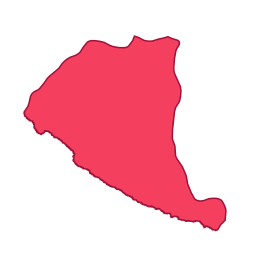 the district of La Cienaga, Barahona, Dominican Republic, rotated 95°
{"feature_id": "3306468B5550416760665", "entity_name": "La Cienaga", "entity_type": "district", "adm_level": 2, "iso_a3": "DOM", "parent_name": "Dominican Republic", "parent_adm1": "Barahona", "projection": "natural_earth1", "projection_center": [-71.101, 18.096], "detail": "fine", "context": "isolated", "style": "filled", "palette": "rose", "viewbox_px": 256, "rotation_deg": 95, "n_neighbors": 0, "source": "geoboundaries", "source_scale": "gbopen_adm2", "svg_char_len": 5855}
<svg xmlns="http://www.w3.org/2000/svg" viewBox="0 0 256 256"><g transform="rotate(95 128 128)"><path d="M33.6,96.2L35.3,100.5L36.9,105.7L39.2,111.2L39.7,114.5L39.6,117.8L39.2,119.9L36.9,125.4L35.9,129.6L40.5,130.9L45.9,134.3L47.2,135.5L48.3,138.3L48.7,143.8L48.3,149.4L47.5,152.7L44.8,159.2L44.1,163.7L43.9,168.2L44.1,171.5L44.6,173.5L45.4,175.3L46.8,176.5L51.2,179.5L56.3,182.1L57.7,183.3L60.1,186.4L62.8,192.1L64.8,194.8L67.1,197.2L69.6,199.2L74.7,202.2L83.2,210.7L85.6,212.7L90.7,215.6L96.7,219.7L97.9,221.1L100.3,224.9L102.4,226.8L105.1,227.9L112.0,228.8L114.9,229.5L121.0,232.8L122.4,232.8L122.4,232.3L124.0,232.3L124.0,231.9L125.1,231.9L125.9,230.0L126.7,230.0L126.7,229.6L127.1,229.6L127.1,229.1L127.9,228.7L127.9,227.7L128.3,227.7L128.3,227.3L128.7,227.3L128.7,226.4L129.1,226.4L129.1,225.9L129.4,225.9L129.4,223.6L130.6,223.6L130.6,223.1L131.0,223.1L131.0,222.7L131.4,222.7L131.4,222.2L132.6,222.2L132.6,221.7L135.3,221.7L135.3,221.3L136.1,221.3L136.1,220.8L136.9,220.8L137.3,219.9L138.0,219.9L138.0,219.4L138.4,219.4L138.4,219.0L138.8,219.0L138.8,218.5L139.6,218.5L139.6,218.1L140.4,218.1L140.4,217.1L141.2,216.7L141.2,214.8L141.6,214.8L141.9,213.9L141.6,213.9L141.6,213.4L140.8,213.0L140.8,212.1L140.4,212.1L140.0,211.1L138.8,211.1L138.8,210.7L138.0,210.7L138.0,209.8L138.4,209.8L138.4,208.8L138.0,208.8L138.0,207.5L138.4,207.5L138.4,206.1L139.2,206.1L139.2,205.6L139.6,205.6L139.6,203.8L140.8,203.8L140.8,203.3L141.6,203.3L141.6,202.8L141.9,202.8L141.9,201.9L142.3,201.9L142.7,201.0L143.5,201.0L143.5,200.1L143.9,200.1L143.9,199.2L143.5,199.2L143.5,198.2L143.9,198.2L143.9,197.3L144.7,196.9L144.7,195.9L145.1,195.9L145.1,195.5L145.5,195.5L145.5,194.5L145.9,194.5L145.9,193.6L146.6,193.6L146.6,192.7L147.4,192.7L147.8,191.8L148.2,191.8L148.2,191.3L148.6,191.3L148.6,189.9L149.4,189.5L149.4,189.0L150.2,188.6L150.2,188.1L150.5,188.1L150.5,187.6L150.9,187.6L150.9,187.2L151.7,187.2L151.7,186.3L152.1,186.3L152.1,185.3L152.5,185.3L152.5,184.9L153.3,184.9L153.3,183.9L153.7,183.9L153.7,183.5L154.4,183.5L154.4,183.0L154.8,183.0L154.8,182.1L155.2,182.1L155.2,181.2L155.6,181.2L155.6,180.7L156.4,180.7L156.4,180.3L157.6,180.3L157.6,179.8L158.0,179.8L158.0,179.3L158.8,179.3L158.8,178.9L159.5,178.9L159.5,179.3L160.3,179.3L160.3,179.8L161.1,179.8L161.1,180.3L161.5,180.3L161.9,179.3L164.2,179.3L164.2,179.8L165.0,179.8L165.0,179.3L165.8,179.3L165.8,178.9L166.6,178.4L166.6,178.0L167.4,178.0L167.7,177.0L168.5,177.0L168.5,176.1L168.9,176.1L168.9,175.7L169.3,175.7L169.3,175.2L169.7,175.2L169.7,174.7L170.5,174.3L170.5,172.0L170.9,172.0L170.9,171.0L171.3,171.0L171.3,170.1L171.6,170.1L171.6,169.2L172.4,169.2L172.4,165.5L172.8,165.5L172.8,164.6L173.2,164.6L173.2,163.7L173.6,163.7L173.6,162.7L174.4,162.7L174.4,162.3L175.9,162.3L175.9,161.8L176.3,161.8L176.3,160.9L176.7,160.9L176.7,160.0L177.1,160.0L177.1,159.5L177.5,159.5L177.5,158.6L177.9,158.6L178.3,157.7L178.7,157.7L178.7,157.2L179.1,157.2L179.1,156.3L179.5,156.3L179.5,154.0L179.9,154.0L179.9,152.6L180.6,152.1L181.0,151.2L181.8,151.2L181.8,149.8L182.2,149.8L182.2,148.9L182.6,148.9L183.0,148.0L183.4,148.0L183.4,147.5L183.8,147.5L183.8,147.1L184.1,147.1L184.1,146.1L184.5,146.1L184.5,145.2L185.3,144.8L185.3,144.3L185.7,144.3L185.7,143.8L186.1,143.8L186.1,142.9L186.5,142.9L186.5,142.0L186.9,142.0L186.9,141.1L187.3,141.1L187.3,140.2L187.7,140.2L187.7,138.8L188.1,138.8L188.1,136.0L188.4,136.0L188.4,135.1L189.2,135.1L189.2,134.6L190.0,134.2L190.0,132.3L189.6,132.3L189.6,131.9L190.0,131.9L190.0,130.9L190.4,130.9L190.4,130.0L190.8,130.0L190.8,129.1L191.2,129.1L191.2,128.6L191.6,128.6L192.0,127.7L192.4,127.7L192.7,126.8L193.1,126.8L193.1,125.9L193.5,125.9L193.9,124.9L194.3,124.9L194.3,124.5L194.7,124.5L194.7,123.1L195.1,123.1L195.1,122.2L195.5,122.2L195.5,120.3L195.9,120.3L195.9,119.4L196.3,119.4L196.3,118.5L196.6,118.5L196.6,118.0L197.0,118.0L197.0,117.6L197.4,117.6L197.4,117.1L197.8,117.1L197.8,116.7L198.6,116.7L198.6,116.2L199.0,116.2L199.0,113.4L199.8,113.0L199.8,112.5L200.6,112.0L200.6,111.6L201.0,111.6L201.0,108.8L201.3,108.8L201.3,108.4L201.7,108.4L201.7,107.9L202.1,107.9L202.1,107.0L202.9,107.0L202.9,104.7L203.3,104.7L203.3,102.8L204.1,102.4L204.1,100.5L204.5,100.5L204.5,98.7L204.1,98.7L203.7,97.8L204.1,97.8L204.1,97.3L204.5,97.3L204.5,95.4L204.9,95.4L204.9,94.5L205.6,94.1L205.6,93.6L206.4,93.6L206.4,92.2L206.0,92.2L206.0,91.3L205.6,91.3L205.6,89.9L206.0,89.9L206.0,89.0L206.8,88.5L207.2,87.6L207.6,87.6L207.6,86.7L208.0,86.7L208.0,85.8L208.4,85.8L208.4,85.3L209.1,85.3L209.1,84.8L209.5,84.8L209.5,83.9L209.9,83.9L209.9,81.2L209.5,81.2L209.5,78.9L210.3,78.4L210.3,77.9L211.9,77.9L211.9,77.5L212.7,77.5L212.7,77.0L213.1,77.0L213.1,76.1L212.7,76.1L212.7,75.2L211.9,74.7L211.9,71.5L212.3,71.5L212.3,70.6L212.7,70.6L212.7,70.1L214.2,70.1L214.2,69.2L214.6,69.2L214.6,66.9L215.0,66.9L215.0,63.2L215.8,62.7L215.8,61.3L215.4,61.3L215.4,60.0L215.0,60.0L215.0,59.0L215.4,59.0L215.4,54.9L215.8,54.9L215.8,54.4L215.4,54.3L215.4,53.5L215.0,53.5L215.0,52.6L214.6,52.6L214.6,48.4L215.0,48.4L215.0,48.0L215.4,48.0L215.8,47.0L216.2,47.0L216.2,46.6L217.0,46.6L217.0,45.7L217.4,45.7L217.7,44.7L218.5,44.7L218.5,44.3L219.3,44.3L219.7,43.4L220.5,43.4L220.1,42.4L219.7,42.4L219.7,42.0L218.9,42.0L218.9,40.1L219.7,39.7L219.7,37.8L220.5,37.8L220.5,36.4L220.9,36.4L221.3,35.5L221.7,35.5L221.7,34.6L222.0,34.6L222.0,31.8L222.4,31.7L221.5,29.8L216.0,27.1L211.5,23.2L202.4,23.2L200.2,23.6L196.7,25.2L193.0,27.6L191.7,28.9L190.6,32.0L190.4,34.3L190.7,37.9L191.5,41.4L193.9,46.7L194.5,49.8L194.2,52.9L192.9,55.4L187.0,59.4L178.5,63.7L171.0,65.7L168.4,66.9L161.7,70.6L154.3,76.7L151.5,78.2L141.9,79.7L135.8,82.5L133.7,83.0L125.8,83.5L107.4,83.1L103.1,82.2L98.2,79.6L96.2,78.9L91.9,78.4L86.4,78.5L82.2,79.4L69.8,86.3L66.9,87.3L63.6,87.7L54.4,87.7L47.7,87.1L45.6,86.7L40.8,84.4L39.3,84.1L37.7,84.4L37.1,84.9L36.3,86.1L35.1,91.8L33.6,96.2Z" fill="#f43f5e" stroke="#9f1239" stroke-width="1.5"/></g></svg>